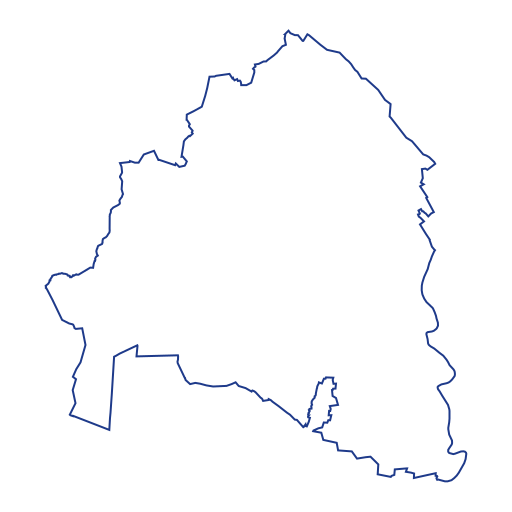 Kocēnu pag., Kocenu, Latvia
{"feature_id": "27541924B79657792070029", "entity_name": "Kocēnu pag.", "entity_type": "district", "adm_level": 2, "iso_a3": "LVA", "parent_name": "Latvia", "parent_adm1": "Kocenu", "projection": "orthographic", "projection_center": [25.269, 57.512], "detail": "fine", "context": "isolated", "style": "outline", "palette": "blue", "viewbox_px": 512, "rotation_deg": 0, "n_neighbors": 0, "source": "geoboundaries", "source_scale": "gbopen_adm2", "svg_char_len": 5985}
<svg xmlns="http://www.w3.org/2000/svg" viewBox="0 0 512 512"><path d="M209.5,76.7L207.2,88.1L205.2,95.9L201.8,106.7L193.8,111.1L186.8,114.6L186.6,119.7L186.8,119.7L189.8,124.2L189.0,125.6L189.0,126.6L192.6,130.7L192.5,131.1L191.8,132.3L192.7,133.6L189.9,136.2L189.3,135.8L188.2,136.6L187.3,137.7L185.3,139.4L183.9,141.4L183.4,145.3L181.5,156.8L182.8,156.6L186.8,161.4L185.6,164.2L184.7,165.7L179.3,166.9L175.8,163.5L175.1,165.2L158.8,159.7L158.7,160.0L158.4,160.0L154.0,150.8L143.8,154.5L138.6,162.7L135.0,162.7L129.9,161.0L129.7,162.0L120.0,163.1L121.5,166.7L122.1,172.3L121.9,173.0L120.0,176.4L120.0,177.2L121.3,179.2L122.2,181.3L121.6,189.3L123.0,194.1L122.4,195.2L121.9,196.9L120.4,198.8L119.4,200.5L119.9,203.1L119.6,203.9L118.0,205.1L113.3,207.5L110.9,210.0L110.9,211.8L110.7,212.8L109.8,214.6L109.8,215.7L109.6,216.3L109.7,216.7L109.6,228.7L109.7,230.7L109.5,231.9L109.4,232.5L108.2,234.1L107.1,236.0L105.7,237.4L104.5,237.9L102.9,239.1L102.5,241.1L102.6,242.2L102.4,242.4L102.3,243.5L102.0,244.0L98.2,245.8L97.5,247.4L97.3,248.5L96.9,249.0L96.3,251.2L96.9,254.0L97.8,255.6L96.1,256.7L95.2,258.4L95.1,259.0L95.4,259.8L95.0,261.0L94.6,261.0L93.7,263.9L93.1,267.8L90.3,267.6L78.5,274.7L76.3,274.7L76.1,274.4L73.8,275.7L73.2,275.2L72.9,275.3L72.8,275.8L72.2,276.6L71.2,277.2L70.9,276.9L70.1,277.2L69.6,276.5L69.6,275.8L67.7,275.5L67.5,274.7L67.1,274.4L65.1,273.8L63.1,273.7L62.7,273.3L61.8,273.1L60.2,273.7L59.0,273.6L58.7,274.0L56.7,274.4L56.2,274.8L55.2,274.6L54.6,275.0L53.4,275.2L53.1,275.6L52.3,275.8L51.7,277.4L50.6,278.7L50.4,280.2L49.6,280.2L49.5,280.5L49.7,280.9L49.5,281.5L48.3,283.7L45.7,285.8L45.9,286.3L45.8,286.6L46.1,287.1L46.1,287.8L45.9,288.0L46.9,289.1L52.5,299.9L62.1,319.9L69.2,323.5L72.5,324.3L73.2,324.7L74.1,326.6L74.5,328.1L75.8,328.9L82.2,328.3L85.5,345.0L80.5,362.4L76.3,369.1L72.9,376.8L76.0,379.2L72.7,390.1L75.5,403.2L69.8,414.7L70.5,415.3L73.1,416.2L73.2,415.9L109.3,429.9L110.0,418.0L110.5,412.8L111.8,394.1L114.1,356.7L115.8,355.9L119.7,353.6L137.3,345.3L137.5,345.8L136.5,356.4L177.9,355.3L178.1,356.2L178.0,359.5L177.5,361.6L177.7,363.1L184.8,378.0L185.0,378.0L185.6,380.0L190.1,384.1L195.3,382.9L200.1,383.7L206.4,385.4L213.1,386.5L226.5,385.9L231.6,384.1L235.6,382.3L238.7,386.0L245.6,388.1L251.5,391.5L251.7,391.0L252.4,390.5L254.3,391.3L255.6,392.3L260.6,397.7L261.6,398.3L262.3,399.1L263.1,400.9L268.6,400.0L268.7,399.1L270.9,400.2L272.5,401.7L278.7,406.2L287.0,412.7L290.0,414.7L294.8,419.6L296.9,419.9L303.3,427.2L303.7,427.0L304.0,426.2L304.4,425.8L304.9,425.9L305.0,425.1L305.5,424.4L305.8,426.1L306.8,426.4L308.8,421.7L309.9,417.8L308.2,417.3L308.0,416.9L308.2,416.0L308.7,415.5L308.4,415.5L308.1,414.2L308.8,413.5L308.6,412.8L308.9,412.6L308.9,412.4L309.6,411.4L309.5,411.1L309.6,410.9L309.1,410.6L308.9,410.0L309.3,409.8L309.5,408.9L311.5,408.6L311.5,407.4L311.2,406.6L311.4,406.2L311.4,405.5L312.1,404.8L311.5,403.0L311.7,402.4L311.7,401.4L312.9,399.5L314.7,397.7L314.6,396.3L315.5,395.6L315.8,394.8L315.8,393.9L316.0,392.7L316.8,388.6L317.1,388.0L317.1,387.1L317.6,385.6L318.5,384.0L318.8,383.2L318.9,382.4L321.9,383.5L323.9,378.7L325.5,378.7L326.0,377.4L333.3,377.7L332.7,379.9L333.5,383.8L336.0,383.6L335.5,388.6L333.1,388.7L332.8,389.8L332.0,390.0L332.6,396.0L336.0,398.0L338.0,404.9L329.8,406.1L330.7,409.0L330.2,411.0L329.1,410.9L328.7,415.3L331.3,415.2L330.1,420.3L328.3,420.2L327.3,422.7L323.8,422.5L322.2,427.4L318.4,428.3L313.5,430.5L313.2,431.2L321.3,432.7L323.3,439.9L336.7,442.8L338.1,450.4L351.8,451.4L357.0,458.6L365.7,457.2L370.5,456.7L378.3,464.4L377.7,474.3L390.8,476.9L391.5,475.9L394.3,474.9L394.8,469.4L406.6,468.4L407.1,468.4L405.9,471.8L410.9,472.6L414.1,473.5L413.9,478.0L435.7,473.2L435.6,475.8L437.0,476.0L437.3,476.4L436.5,478.1L436.5,478.5L437.2,479.8L438.0,479.5L444.8,481.3L447.7,481.3L451.5,480.2L454.2,478.1L456.7,475.6L458.8,472.7L464.2,463.2L465.6,459.1L466.3,453.8L466.0,452.7L465.0,451.7L463.5,451.3L460.9,451.5L455.0,453.7L453.3,454.1L449.2,453.0L448.2,451.7L448.2,449.9L449.2,448.2L451.7,444.5L452.1,443.1L452.0,440.5L449.2,434.6L448.3,429.3L448.3,427.7L449.2,422.3L449.5,418.7L449.5,410.9L449.3,409.3L448.0,404.9L442.2,395.7L439.6,391.3L438.1,389.3L437.8,388.4L437.6,387.1L437.9,386.6L438.5,386.0L441.4,384.4L446.7,383.2L448.6,382.5L450.2,381.4L452.1,379.5L454.6,376.1L454.9,374.8L454.9,373.5L454.7,371.9L454.3,370.7L453.5,369.4L449.6,365.2L448.1,362.2L446.6,359.8L443.3,355.7L439.3,352.7L434.2,348.5L430.8,346.5L429.4,345.4L428.7,344.7L428.1,343.5L427.6,339.1L426.4,334.3L426.4,333.7L426.7,332.8L427.8,332.1L431.9,331.5L433.8,330.8L436.0,329.1L436.7,328.4L438.0,325.7L437.9,322.7L436.5,318.4L436.0,315.9L434.7,312.3L433.1,308.7L432.6,307.9L426.5,302.1L424.2,298.6L422.5,294.7L422.2,293.4L421.7,290.2L421.8,285.7L422.4,282.5L423.4,279.3L424.2,276.8L427.7,269.1L429.3,263.0L430.7,259.9L431.9,256.4L434.1,251.5L435.0,250.2L434.4,249.7L431.9,246.7L429.6,240.1L429.8,239.7L425.9,233.9L420.0,224.4L424.0,221.4L420.5,217.8L418.8,216.6L418.0,214.5L419.5,214.1L419.8,213.5L418.5,210.5L421.0,209.1L422.2,211.3L423.3,211.3L424.6,212.8L425.7,213.4L428.3,216.4L431.1,213.5L433.8,212.1L426.2,197.9L427.3,197.1L420.1,186.3L423.7,184.3L420.9,182.6L422.8,178.2L421.9,169.1L425.4,168.6L427.4,169.8L435.2,163.8L434.2,162.0L429.2,157.2L426.5,155.6L423.2,154.4L412.0,141.2L406.3,137.7L390.8,117.7L389.6,116.5L390.6,104.1L385.0,99.9L378.2,89.9L365.9,78.7L361.6,78.5L357.4,71.8L355.1,70.0L353.1,67.2L351.2,64.2L348.7,61.4L345.9,59.2L339.6,52.6L327.0,49.8L320.3,44.7L309.0,35.2L307.4,34.3L303.3,40.9L302.6,40.9L298.0,35.2L294.8,35.1L290.4,33.2L288.5,30.7L285.2,34.0L285.4,34.0L284.6,38.7L284.8,39.0L284.8,39.4L285.9,44.8L282.4,46.2L277.7,51.6L277.2,52.4L273.8,55.4L267.4,60.2L266.2,61.4L263.5,61.5L258.7,63.9L254.9,64.5L255.5,66.6L253.9,67.7L253.0,68.8L254.3,70.0L254.3,72.5L251.2,82.7L246.5,85.1L241.2,85.1L241.1,83.6L240.7,81.7L239.9,80.6L237.9,81.0L237.1,79.1L234.5,80.3L234.2,79.7L233.5,79.3L233.0,77.8L232.3,78.3L229.5,73.9L216.1,75.8L214.6,76.5L209.5,76.7Z" fill="none" stroke="#1e3a8a" stroke-width="2"/></svg>